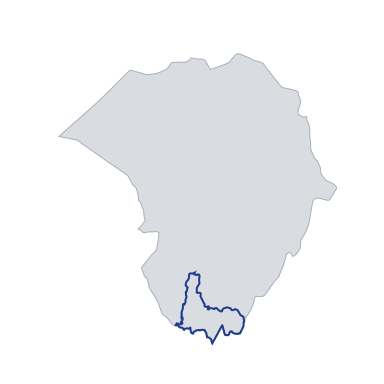 location of Tigray within Ethiopia, rotated 191°
{"feature_id": "ETH-3110", "entity_name": "Tigray", "entity_type": "Administrative State", "adm_level": 1, "iso_a3": "ETH", "parent_name": "Ethiopia", "parent_adm1": "", "projection": "equal_earth", "projection_center": [38.617, 13.565], "detail": "fine", "context": "in_parent", "style": "outline", "palette": "blue", "viewbox_px": 384, "rotation_deg": 191, "n_neighbors": 0, "source": "natural_earth", "source_scale": "10m", "svg_char_len": 7916}
<svg xmlns="http://www.w3.org/2000/svg" viewBox="0 0 384 384"><g transform="rotate(191 192 192)"><path d="M93.4,284.8L93.1,284.3L91.5,282.5L89.9,280.2L89.0,277.6L88.1,275.5L87.6,270.7L86.5,267.8L85.3,264.2L83.7,257.4L83.0,255.1L81.6,253.5L80.2,252.0L78.7,249.0L74.8,246.4L73.4,244.3L70.8,240.7L70.2,238.9L70.0,237.1L69.2,235.4L67.8,233.5L63.3,229.4L62.1,228.9L60.5,228.4L58.2,228.0L55.0,227.1L52.3,225.5L51.1,224.4L50.8,223.6L51.0,222.2L52.0,220.0L53.9,214.6L55.3,211.0L56.2,209.9L58.6,209.7L61.1,209.8L63.0,210.0L65.7,210.1L68.8,209.8L70.1,208.5L71.1,207.2L71.5,206.2L71.6,203.9L71.6,201.9L71.5,194.6L71.4,190.1L71.3,185.0L71.3,183.9L71.3,182.6L72.1,177.2L72.9,174.0L73.4,172.4L75.4,167.1L75.8,165.5L75.8,163.9L75.1,156.9L76.4,153.6L78.1,150.4L79.5,149.0L80.7,148.0L81.3,148.4L82.7,149.9L84.5,151.4L85.3,151.1L86.6,149.8L87.5,148.4L87.4,146.0L88.2,140.9L88.1,138.0L89.0,134.4L90.0,129.3L90.4,126.1L91.0,124.4L93.6,120.8L95.9,115.8L97.4,112.2L100.1,106.2L101.5,104.0L102.7,103.1L104.4,102.5L107.5,101.9L109.7,101.4L110.1,100.7L110.3,99.5L110.3,96.8L110.8,92.2L111.7,87.7L112.9,84.3L113.5,82.8L114.3,81.3L115.1,78.8L116.2,73.4L116.1,69.7L117.7,63.0L118.0,62.9L120.5,61.7L123.0,61.5L125.4,62.4L127.0,62.6L127.7,62.1L128.4,61.0L129.0,59.2L130.0,58.2L131.3,58.0L133.1,60.0L136.0,65.5L136.7,65.8L137.2,65.7L138.6,61.3L139.8,57.9L141.9,51.6L143.1,48.0L144.2,49.1L145.3,50.9L146.5,51.8L147.9,52.3L148.5,52.4L149.3,53.1L152.2,57.6L153.3,58.6L154.6,58.7L160.4,57.3L163.8,54.7L164.3,53.6L165.2,53.6L166.4,54.8L166.8,55.9L167.6,57.4L168.9,57.6L172.2,56.6L173.8,55.9L175.1,56.4L176.9,56.9L178.0,56.9L180.6,58.3L183.7,57.9L185.1,58.0L186.7,58.6L189.1,60.9L192.3,63.7L196.9,65.8L197.8,66.6L200.1,69.8L203.5,76.0L208.0,82.0L213.0,86.7L215.6,89.9L217.4,93.9L219.1,97.5L220.9,99.1L222.6,100.3L224.3,103.1L225.5,105.4L227.2,108.0L225.3,111.6L222.9,116.4L220.1,122.0L219.2,123.3L216.7,126.7L216.3,127.7L215.8,130.1L215.8,134.6L216.1,140.3L216.5,145.5L217.8,146.1L219.4,146.5L221.2,145.8L223.4,145.2L226.0,144.9L229.0,143.8L230.7,143.0L232.5,143.0L234.2,143.9L234.9,144.8L236.1,145.1L237.6,145.0L237.3,146.0L236.5,147.5L235.5,148.9L234.6,150.4L232.7,154.6L232.6,155.1L232.9,155.9L233.9,157.9L235.0,160.9L235.7,163.8L236.1,165.2L237.5,166.7L239.4,170.0L240.5,172.2L242.6,173.3L243.3,176.1L244.9,180.2L246.6,183.5L248.3,186.0L250.2,187.0L250.9,187.1L254.8,191.8L257.8,195.4L258.5,196.0L263.9,198.4L270.0,201.1L275.0,203.2L281.3,206.0L287.5,208.8L293.3,211.4L301.5,215.1L308.1,218.0L313.3,220.4L314.4,221.1L333.2,221.1L328.6,227.1L323.4,234.0L317.9,241.1L314.4,245.8L308.8,253.1L304.1,259.2L299.3,265.9L295.0,271.9L289.3,280.3L285.7,285.7L279.9,294.2L276.3,299.6L275.8,299.9L270.6,299.5L265.5,299.1L259.0,298.6L258.3,298.6L256.4,299.1L255.3,299.6L250.6,301.0L249.8,301.4L245.9,303.7L242.0,306.4L239.9,308.4L238.3,311.5L237.6,313.6L236.9,314.5L235.7,315.4L227.4,317.4L225.0,317.7L221.2,319.3L219.1,322.0L218.5,323.4L215.8,323.3L210.9,323.7L208.9,324.2L207.8,324.3L206.0,324.2L204.5,323.7L203.5,323.0L202.2,321.3L199.4,318.0L197.4,315.8L192.9,318.3L188.9,320.7L183.2,324.1L179.9,326.6L178.9,329.1L176.4,333.6L174.2,336.3L173.3,336.7L168.2,336.1L166.4,335.5L163.4,335.0L159.3,334.0L156.5,333.0L153.6,332.9L149.3,332.5L146.7,331.8L144.0,329.3L140.6,326.3L137.0,323.2L133.4,320.0L129.0,316.3L124.3,312.3L123.3,311.9L122.8,311.8L117.7,311.7L112.4,311.5L108.8,311.3L107.6,310.9L106.8,310.0L105.7,307.0L104.3,304.9L102.7,302.2L102.6,298.6L103.1,294.6L103.5,293.3L103.2,292.0L103.3,290.2L102.4,288.6L97.2,286.6L96.4,286.8L95.5,287.5L94.5,288.0L93.8,287.5L93.3,286.8L93.3,285.7L93.4,284.8Z" fill="#d9dde1" stroke="#a8b0b8" stroke-width="1"/><path d="M116.0,75.0L116.4,73.9L116.3,72.7L116.0,71.4L115.9,70.8L115.9,70.2L116.0,69.6L117.7,62.8L118.1,62.8L118.2,62.3L118.4,62.0L118.7,62.0L119.1,61.9L119.4,61.9L120.0,61.5L120.4,61.4L121.2,61.4L121.4,61.4L121.7,61.1L121.8,61.1L123.1,61.1L123.7,61.2L124.9,61.6L125.5,61.7L125.7,61.8L126.0,62.5L126.3,62.7L126.4,62.8L126.6,62.8L126.7,62.7L127.0,62.5L127.2,62.4L127.5,62.5L127.9,62.2L128.1,61.9L128.2,61.5L128.3,61.0L128.3,60.4L128.4,59.9L128.5,59.4L128.8,58.8L129.3,58.3L130.0,58.1L131.4,58.2L131.8,58.0L132.0,57.9L132.5,58.4L132.8,58.7L133.5,60.0L133.8,60.4L133.9,60.6L133.9,61.0L133.9,61.6L134.0,61.8L134.2,62.0L135.0,62.9L135.1,63.0L135.2,63.5L135.3,64.1L135.4,64.4L135.6,64.5L135.8,64.6L136.0,64.7L136.2,64.9L136.2,65.1L136.2,65.7L136.3,66.2L136.5,66.5L136.9,66.8L137.1,66.5L137.8,64.4L138.8,61.0L140.0,57.3L141.2,53.5L142.4,49.7L143.2,47.3L143.5,47.7L143.7,48.1L144.1,49.1L144.4,49.2L144.4,49.3L144.4,49.6L144.5,49.9L144.5,50.0L144.8,50.2L145.0,50.4L145.1,50.6L145.1,50.8L145.2,51.1L145.3,51.2L147.4,52.3L147.7,52.4L148.8,52.2L149.2,52.2L149.5,52.3L149.7,52.6L149.8,53.0L149.9,53.8L150.0,54.1L150.2,54.3L150.4,54.5L150.6,54.6L150.7,55.0L150.9,55.9L151.1,56.4L151.3,56.7L151.6,57.0L152.6,57.7L152.7,57.9L152.8,58.5L153.2,58.9L153.3,58.9L153.5,58.9L154.4,58.9L155.8,58.7L156.5,58.4L157.7,57.7L158.0,57.7L158.4,57.8L158.7,57.9L159.1,57.8L159.4,57.7L160.5,57.1L161.4,57.0L161.7,56.7L162.3,56.0L163.1,55.5L163.5,55.2L163.7,54.7L163.8,54.3L163.8,53.8L163.8,53.4L164.0,53.1L164.7,53.2L165.3,53.4L165.5,53.5L165.9,53.8L166.2,54.3L166.6,54.8L166.8,55.3L167.4,57.4L167.7,58.4L168.2,58.3L168.6,57.5L168.9,57.2L169.3,57.1L170.3,57.3L170.7,57.3L172.2,56.7L173.0,56.2L173.3,55.6L173.5,55.1L173.8,55.2L174.2,55.4L174.4,55.7L174.8,56.3L174.9,56.5L175.0,56.6L176.0,56.9L176.5,57.0L177.3,56.8L177.6,56.8L178.2,56.7L178.7,57.0L179.2,57.4L180.2,58.5L180.5,58.7L180.9,58.8L181.2,58.6L181.8,58.0L182.1,57.9L182.5,58.0L182.4,58.1L182.2,58.2L182.2,58.4L182.3,58.8L182.2,59.4L182.2,59.5L182.1,59.8L182.0,60.1L181.9,60.1L181.3,60.2L179.9,60.0L179.2,59.7L178.9,59.7L177.6,60.0L177.0,60.5L176.5,61.0L176.3,61.3L176.3,61.5L176.8,61.8L177.9,61.6L178.2,62.0L178.2,62.3L177.3,63.5L176.8,64.8L176.8,65.3L177.2,65.4L177.5,65.4L177.8,65.5L178.1,65.8L177.5,66.6L177.4,66.9L177.5,67.3L177.8,67.3L178.1,67.2L178.3,67.1L178.5,67.4L178.7,67.8L178.7,68.4L178.7,68.8L178.7,69.7L178.7,70.1L178.8,70.4L179.1,70.6L179.1,70.8L179.2,71.0L179.2,72.6L178.9,75.0L178.8,76.1L178.9,77.0L179.2,77.9L179.3,79.1L179.3,80.2L178.7,80.6L178.0,80.2L177.9,80.5L177.4,82.4L177.4,83.1L177.7,84.1L177.8,84.7L177.7,85.3L177.4,87.9L177.4,88.2L177.5,88.6L177.9,89.1L178.0,89.2L178.2,89.3L178.3,89.7L178.6,91.6L178.7,91.9L179.0,92.2L179.0,92.3L178.9,92.8L178.7,93.2L178.4,93.5L178.2,93.6L178.3,94.8L178.3,95.3L178.2,96.0L178.2,96.5L178.1,96.8L178.0,97.2L178.0,97.3L178.6,98.0L178.9,98.1L179.3,98.2L179.7,98.4L180.0,98.7L180.5,99.7L180.6,100.6L180.5,101.8L180.3,102.9L180.0,103.6L179.4,104.5L179.0,105.5L178.7,106.5L178.7,107.8L178.7,108.2L179.0,109.0L179.0,109.5L179.0,110.1L179.0,110.7L178.8,111.2L178.5,111.6L177.9,111.8L177.2,111.9L175.9,112.0L175.7,112.1L174.0,113.4L174.1,113.0L174.1,112.4L174.1,111.9L173.9,111.5L171.5,111.4L171.0,111.6L170.9,112.1L169.5,112.3L169.3,112.2L169.0,111.9L168.7,111.3L168.5,110.6L168.5,110.0L168.3,107.2L167.5,104.7L167.3,103.8L167.4,103.0L168.8,99.6L168.9,98.2L168.7,97.1L168.5,96.2L168.3,95.4L168.2,94.6L168.1,94.2L167.7,94.0L165.7,94.5L164.7,94.5L164.4,94.4L164.2,94.2L164.0,93.8L163.9,93.2L163.9,92.6L163.9,92.2L163.8,91.4L163.3,90.6L159.1,85.1L158.7,84.8L158.4,84.6L158.2,84.2L158.1,83.1L157.8,82.4L157.8,82.2L156.5,82.0L156.1,82.0L155.8,82.1L155.4,82.3L153.8,82.9L153.7,82.8L154.3,81.0L154.2,80.5L154.0,80.1L153.9,79.8L153.6,79.7L153.3,79.9L153.1,80.3L153.0,80.7L152.7,81.1L152.3,81.3L150.4,81.7L149.4,81.6L148.4,81.4L147.7,81.3L147.4,81.8L147.3,82.1L146.9,82.4L146.5,82.6L146.3,82.8L145.6,82.6L143.2,81.0L141.1,80.3L140.4,80.3L139.9,80.8L139.5,82.5L139.3,83.0L139.0,83.4L138.7,83.7L136.1,85.3L135.6,85.4L132.3,85.3L132.1,85.2L131.9,85.0L131.6,84.6L131.1,84.1L130.6,83.8L130.1,83.7L129.5,83.8L129.1,83.9L127.9,84.7L127.7,84.9L127.5,85.2L127.1,85.2L124.9,84.8L124.5,84.6L124.1,83.9L123.1,83.0L121.0,80.5L120.6,80.3L118.2,79.5L117.9,79.5L117.6,79.1L116.3,75.3L116.0,75.0Z" fill="none" stroke="#1e3a8a" stroke-width="2"/></g></svg>